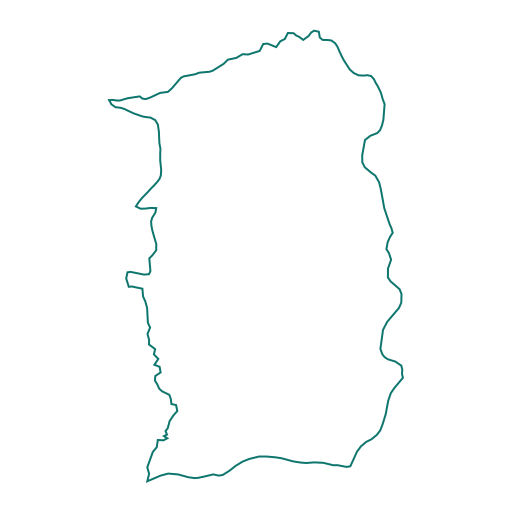 outline of Gouvelândia, Goiás, Brazil
{"feature_id": "56859067B54351954418450", "entity_name": "Gouvelândia", "entity_type": "district", "adm_level": 2, "iso_a3": "BRA", "parent_name": "Brazil", "parent_adm1": "Goiás", "projection": "natural_earth1", "projection_center": [-50.175, -18.504], "detail": "fine", "context": "isolated", "style": "outline", "palette": "teal", "viewbox_px": 512, "rotation_deg": 0, "n_neighbors": 0, "source": "geoboundaries", "source_scale": "gbopen_adm2", "svg_char_len": 2830}
<svg xmlns="http://www.w3.org/2000/svg" viewBox="0 0 512 512"><path d="M402.9,377.8L402.0,373.9L402.3,369.7L401.3,365.6L395.2,361.5L387.9,359.3L384.6,357.1L382.4,354.4L380.4,348.9L383.0,329.9L387.2,321.8L399.0,307.9L401.3,302.6L401.5,294.0L399.5,289.1L390.7,281.5L387.9,277.5L388.0,268.5L391.1,259.7L388.9,253.0L386.4,249.1L387.7,242.2L389.9,237.1L392.7,232.8L391.4,228.1L389.7,224.4L384.3,208.3L380.8,189.1L379.1,182.3L375.3,175.6L371.6,173.0L364.8,167.3L362.3,162.3L362.2,155.4L365.0,140.0L370.3,135.8L377.2,133.1L380.0,130.3L382.0,125.4L383.4,119.7L384.6,104.2L382.7,99.1L380.9,92.7L377.6,85.9L375.6,82.7L373.9,79.1L371.0,76.0L367.3,75.2L363.7,75.6L358.5,75.3L353.7,73.0L349.7,69.4L346.2,64.0L343.5,59.7L341.6,56.0L339.4,51.3L337.4,46.6L335.1,43.2L331.4,40.5L327.8,40.0L322.6,39.9L319.8,37.5L318.8,31.7L314.1,30.7L311.2,32.5L308.6,36.0L303.2,39.9L299.1,36.8L296.2,35.5L293.6,33.2L287.9,33.0L284.8,39.0L280.3,41.3L276.2,47.1L267.5,43.6L263.2,44.0L259.7,50.9L248.2,54.5L242.6,54.2L236.3,57.9L227.8,59.7L223.7,63.8L212.7,70.7L209.8,71.7L199.2,72.7L194.9,74.3L183.6,76.4L180.8,77.9L172.0,88.2L167.9,91.9L160.1,92.9L150.1,97.6L145.8,99.1L142.4,98.6L139.7,96.4L133.1,97.4L127.3,98.3L120.0,100.5L116.6,100.5L112.7,99.9L109.1,100.1L111.5,104.4L115.5,107.2L120.7,107.8L124.7,109.1L127.5,110.5L133.7,113.4L142.3,116.4L145.4,117.0L150.5,117.6L155.2,120.1L157.9,124.6L158.9,131.9L159.4,143.4L160.4,148.5L160.2,154.2L160.2,160.3L161.2,170.1L160.8,175.6L159.4,179.1L157.0,182.2L153.9,185.6L151.4,188.1L147.1,192.8L142.1,197.9L138.7,202.1L135.9,206.4L140.5,208.7L145.3,208.6L150.6,207.9L156.2,208.1L155.4,212.6L152.2,217.7L151.1,221.5L151.4,225.6L152.2,229.9L153.9,236.0L156.3,244.2L156.2,250.3L152.8,254.8L149.3,258.4L150.4,271.0L149.0,274.2L144.0,274.6L138.1,273.4L130.6,271.9L127.5,272.3L126.2,278.5L128.8,286.8L132.0,286.5L135.6,287.3L142.4,288.7L143.1,296.6L145.3,301.4L147.1,307.9L147.9,322.8L150.1,327.6L147.5,334.0L149.1,339.9L149.0,344.5L155.1,349.1L153.9,354.4L158.3,358.9L154.4,364.8L159.6,366.8L160.6,372.4L155.3,376.0L154.9,380.5L157.2,384.2L159.3,388.8L162.1,391.3L169.3,394.8L170.8,398.9L171.4,404.0L176.1,405.1L177.3,411.0L173.6,415.2L169.7,420.9L167.7,428.3L165.5,431.1L167.0,434.6L164.0,436.1L167.3,438.3L163.5,440.3L157.8,440.0L156.8,447.1L152.8,452.0L147.3,467.3L149.1,473.8L147.3,481.3L160.6,475.6L168.2,473.6L178.0,474.4L188.6,477.3L194.8,478.1L197.8,477.9L203.1,476.8L213.3,474.4L218.6,475.6L222.7,475.0L229.5,470.7L235.7,465.8L242.6,461.6L249.4,458.9L259.2,456.5L266.3,456.5L275.3,457.3L281.8,458.3L293.2,461.4L301.0,462.6L306.3,463.0L314.0,462.4L323.2,462.8L333.1,465.2L337.5,465.2L346.5,466.9L350.3,466.3L354.0,458.3L356.9,451.8L360.9,446.4L366.2,441.9L371.4,439.3L376.7,435.0L380.2,430.5L382.5,424.6L385.7,414.2L388.2,400.8L390.8,393.2L394.1,388.3L402.9,377.8Z" fill="none" stroke="#0f766e" stroke-width="2"/></svg>